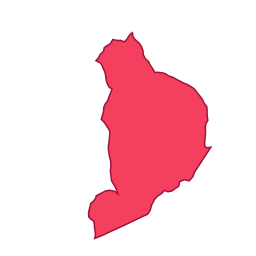 outline of Remígio, Paraíba, Brazil, rotated 63°
{"feature_id": "56859067B40752085564557", "entity_name": "Remígio", "entity_type": "district", "adm_level": 2, "iso_a3": "BRA", "parent_name": "Brazil", "parent_adm1": "Paraíba", "projection": "mercator", "projection_center": [-35.861, -6.94], "detail": "fine", "context": "isolated", "style": "filled", "palette": "rose", "viewbox_px": 256, "rotation_deg": 63, "n_neighbors": 0, "source": "geoboundaries", "source_scale": "gbopen_adm2", "svg_char_len": 1664}
<svg xmlns="http://www.w3.org/2000/svg" viewBox="0 0 256 256"><g transform="rotate(63 128 128)"><path d="M42.3,101.4L44.8,105.3L45.1,108.9L45.6,112.6L48.6,115.1L49.7,119.1L52.1,122.7L53.5,126.0L57.5,123.1L60.8,122.7L63.5,123.1L67.1,123.1L70.0,123.8L73.6,125.0L76.2,125.9L79.6,126.3L83.4,126.2L85.7,124.5L88.0,126.6L90.9,130.1L94.7,133.9L96.1,137.2L98.6,140.2L102.3,142.4L105.3,145.2L108.1,147.9L112.2,146.6L116.4,146.1L120.5,145.6L123.4,146.0L130.3,150.2L134.9,153.5L138.1,155.2L141.7,156.3L144.3,157.3L149.1,158.3L154.4,160.6L157.7,163.0L167.5,166.6L175.2,166.1L182.1,166.9L178.1,168.8L175.2,172.5L173.9,176.4L173.9,180.1L174.0,183.9L173.9,186.9L176.3,189.3L177.6,192.5L178.3,195.4L181.8,198.4L185.5,201.6L189.4,203.3L192.4,202.5L195.1,200.9L198.2,201.6L201.7,203.1L205.3,204.2L209.0,205.8L211.3,207.9L212.1,198.3L212.3,190.7L213.0,173.1L213.4,157.3L213.7,149.4L211.3,145.5L207.4,142.0L205.7,139.6L204.0,137.3L202.2,133.1L201.7,128.3L200.2,123.8L203.0,121.3L204.0,117.5L203.5,114.0L202.9,109.3L199.3,106.3L199.6,101.3L202.9,97.5L200.8,92.3L197.5,88.7L182.7,62.8L181.7,66.2L179.4,68.1L174.9,65.8L171.7,63.8L169.2,62.1L165.4,60.0L161.9,58.5L159.2,56.2L157.6,53.5L154.2,52.3L151.0,51.0L148.2,49.5L144.7,48.1L140.4,48.9L136.2,48.7L131.6,49.5L128.6,50.3L125.4,50.7L122.3,51.6L119.4,53.3L116.1,55.5L113.3,58.0L110.4,60.0L107.7,62.0L104.8,63.9L102.2,65.9L99.7,68.4L96.2,70.3L94.1,72.9L91.9,76.1L90.8,78.8L87.8,79.0L83.9,79.4L81.0,79.7L78.1,79.5L74.1,81.1L69.7,81.1L65.8,79.5L61.4,79.1L58.1,79.3L54.5,80.7L51.9,81.7L48.3,82.0L45.1,80.8L45.6,84.0L47.2,86.7L48.7,89.2L49.5,92.3L46.5,94.9L45.3,97.5L42.3,101.4Z" fill="#f43f5e" stroke="#9f1239" stroke-width="1.5"/></g></svg>